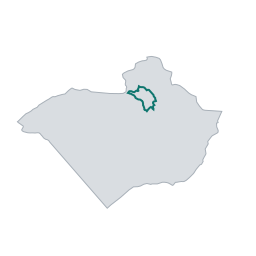 Uganda, with Nwoya highlighted, rotated 49°
{"feature_id": "UGA-5625", "entity_name": "Nwoya", "entity_type": "District", "adm_level": 1, "iso_a3": "UGA", "parent_name": "Uganda", "parent_adm1": "", "projection": "mercator", "projection_center": [31.834, 2.49], "detail": "fine", "context": "in_parent", "style": "outline", "palette": "teal", "viewbox_px": 256, "rotation_deg": 49, "n_neighbors": 0, "source": "natural_earth", "source_scale": "10m", "svg_char_len": 3302}
<svg xmlns="http://www.w3.org/2000/svg" viewBox="0 0 256 256"><g transform="rotate(49 128 128)"><path d="M174.9,196.3L171.7,196.3L166.6,196.3L161.5,196.3L156.4,196.3L151.3,196.3L146.2,196.3L141.1,196.3L136.0,196.3L130.9,196.3L125.8,196.3L120.7,196.3L115.6,196.3L110.5,196.3L105.4,196.3L100.3,196.3L95.2,196.3L90.1,196.3L87.1,196.3L86.5,196.2L86.1,196.1L84.2,196.4L82.2,197.7L80.0,198.2L77.8,198.0L77.5,198.1L76.3,198.1L74.7,198.0L73.2,198.4L72.1,199.5L70.9,201.3L68.8,203.5L67.2,205.4L65.8,206.8L62.6,209.0L60.9,209.7L60.0,209.6L59.5,209.2L58.5,206.3L57.8,205.8L51.7,207.3L50.7,207.3L50.8,206.4L50.4,199.7L50.3,195.6L51.1,193.0L51.6,190.0L51.6,187.4L52.8,182.9L52.3,180.2L53.8,170.8L54.2,169.2L54.8,164.7L55.7,163.3L56.5,162.7L57.5,159.9L59.6,155.5L61.0,153.2L60.7,148.2L60.9,144.8L61.2,144.0L64.2,142.7L68.1,139.6L69.8,135.9L72.1,133.5L76.6,132.0L89.9,119.2L96.1,112.3L98.8,108.8L98.9,107.6L99.4,105.9L98.3,104.6L97.0,103.4L96.6,102.4L95.5,101.8L93.9,101.8L92.9,101.1L91.7,99.5L90.5,98.5L86.7,98.6L83.8,97.0L83.8,94.9L84.9,90.6L87.2,85.8L87.3,84.4L87.0,83.3L86.4,82.3L85.4,81.3L84.5,80.2L85.2,76.7L86.6,73.3L87.8,71.6L88.9,69.6L88.6,68.1L86.9,67.3L87.8,65.7L89.5,63.2L92.9,60.5L95.9,58.8L97.9,58.8L101.8,60.2L105.3,61.8L107.3,61.9L109.6,61.2L114.5,58.3L115.6,59.2L117.0,61.0L118.6,63.9L121.6,65.3L123.1,66.2L124.2,66.5L124.7,66.2L125.9,63.9L127.3,62.7L129.9,61.1L135.6,59.8L139.7,59.4L141.4,59.2L144.3,58.4L148.9,56.1L153.4,59.1L158.3,59.7L163.0,59.7L164.4,58.8L165.3,58.1L170.2,53.1L177.0,46.3L181.4,55.8L183.0,56.4L182.8,57.2L182.4,58.0L185.3,60.3L188.9,61.5L190.2,62.7L190.3,64.0L189.1,69.5L189.3,71.1L190.5,76.7L192.6,77.9L194.5,83.5L198.4,85.9L198.9,86.6L199.8,89.3L201.0,92.3L201.9,93.0L202.5,93.2L203.6,96.3L203.0,98.1L203.9,103.5L205.3,108.3L205.7,114.1L205.7,116.6L205.7,118.2L205.3,120.3L204.6,121.6L203.4,122.8L202.1,124.8L200.9,126.9L200.1,127.9L200.7,131.0L200.6,131.8L200.2,132.2L198.5,132.7L196.3,133.5L194.9,134.3L193.0,135.9L191.5,137.6L189.4,142.6L186.0,146.5L185.5,147.8L182.3,150.1L180.8,153.0L180.0,156.5L178.7,159.1L176.0,162.5L175.4,168.0L175.5,178.9L174.8,191.4L174.9,196.3Z" fill="#d9dde1" stroke="#a8b0b8" stroke-width="1"/><path d="M130.6,96.6L129.5,96.8L128.3,96.6L127.2,96.9L127.0,98.1L127.2,100.4L127.7,102.7L126.7,102.7L126.4,102.7L126.2,102.9L125.7,103.3L125.4,103.5L124.7,103.5L123.8,102.7L122.9,102.4L122.2,102.1L121.9,101.9L121.0,101.8L120.7,101.7L119.6,100.7L119.0,100.4L118.3,99.9L118.0,99.8L117.6,99.7L117.3,99.7L117.1,99.7L116.8,99.6L116.3,99.8L115.1,100.0L114.6,100.2L114.2,100.5L113.2,101.5L110.5,102.5L110.0,102.5L109.8,102.5L109.4,102.2L109.2,102.1L107.2,102.1L106.8,102.3L105.8,102.8L104.4,103.2L103.0,104.2L102.2,104.5L101.5,105.0L101.1,103.3L101.3,102.6L102.4,101.4L103.8,100.7L104.5,100.3L105.0,99.9L105.1,99.2L105.2,98.4L105.2,98.0L105.3,97.3L105.6,96.8L106.0,96.6L106.4,96.5L106.6,96.3L106.7,96.0L106.7,95.7L106.3,95.5L106.0,95.6L105.8,95.6L105.3,95.2L104.8,94.0L104.5,93.4L104.1,92.9L103.7,92.4L105.0,92.0L105.9,91.1L107.2,89.7L108.4,89.1L111.8,89.1L112.2,87.9L113.0,87.2L119.8,87.1L120.8,87.7L121.9,87.8L123.2,87.8L124.2,88.6L125.4,88.9L126.0,89.2L125.6,90.1L125.1,90.8L124.9,91.6L125.3,92.5L126.1,93.0L127.9,93.1L127.8,93.4L127.9,94.0L128.0,94.6L128.4,95.3L129.2,95.8L130.1,96.1L130.6,96.6Z" fill="none" stroke="#0f766e" stroke-width="2"/></g></svg>